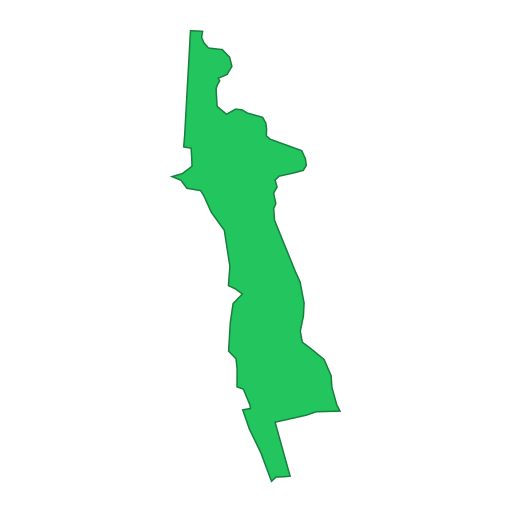 the district of Vlahita, Harghita, Romania
{"feature_id": "2599482B79706795726804", "entity_name": "Vlahita", "entity_type": "district", "adm_level": 2, "iso_a3": "ROU", "parent_name": "Romania", "parent_adm1": "Harghita", "projection": "natural_earth1", "projection_center": [25.507, 46.304], "detail": "fine", "context": "isolated", "style": "filled", "palette": "green", "viewbox_px": 512, "rotation_deg": 0, "n_neighbors": 0, "source": "geoboundaries", "source_scale": "gbopen_adm2", "svg_char_len": 1266}
<svg xmlns="http://www.w3.org/2000/svg" viewBox="0 0 512 512"><path d="M217.1,106.4L216.3,92.8L216.1,88.7L217.3,85.0L219.7,80.9L218.2,78.3L227.1,74.4L231.9,66.4L229.6,57.2L225.9,53.4L222.3,49.6L208.4,48.0L203.7,42.5L201.6,37.3L202.6,31.3L190.5,30.7L189.9,40.7L189.4,50.8L187.3,87.6L184.7,134.6L183.7,146.9L191.1,148.2L191.6,155.8L192.0,166.2L189.5,168.2L182.3,173.6L172.0,176.6L181.0,180.3L186.9,188.3L200.6,190.6L204.0,196.1L211.3,212.3L224.3,230.3L229.9,266.5L228.4,285.6L235.4,288.9L242.4,294.0L233.1,303.5L230.3,322.5L228.6,351.1L236.0,358.7L237.1,368.6L237.0,386.8L243.4,389.2L250.1,405.4L250.4,408.5L242.7,409.8L249.4,429.1L261.0,453.1L271.5,481.3L275.9,477.1L284.5,476.7L290.1,476.2L275.1,422.2L306.5,415.1L316.0,411.8L340.0,411.1L336.8,404.9L331.9,387.4L331.1,375.7L324.1,359.5L310.9,348.7L302.3,342.2L300.3,331.0L303.4,316.2L304.1,303.1L302.1,292.6L300.1,282.0L295.5,271.9L276.8,225.9L274.5,220.2L273.7,208.5L274.8,206.0L275.8,203.5L273.6,193.1L277.1,187.1L275.1,180.1L279.0,176.2L294.7,172.7L299.0,171.5L303.3,170.4L306.3,165.4L305.4,158.7L301.7,150.6L296.3,148.7L279.5,142.6L270.1,139.2L266.3,135.8L266.6,129.3L265.8,123.0L262.6,117.3L247.2,113.0L242.2,109.9L235.7,109.1L226.5,114.2L217.1,106.4Z" fill="#22c55e" stroke="#15803d" stroke-width="1.5"/></svg>